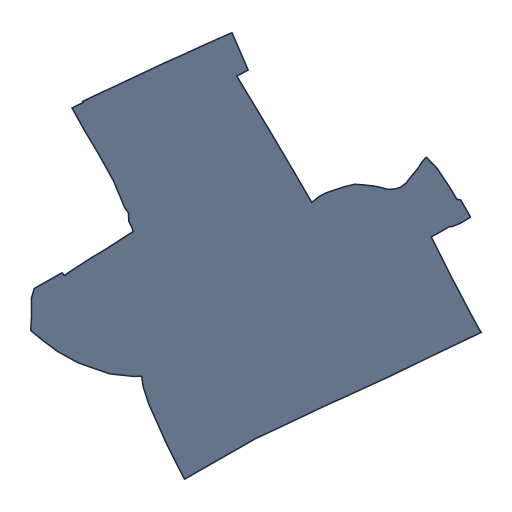 outline of Karmuz, Al Iskandariyah, Egypt
{"feature_id": "37247803B60489712487225", "entity_name": "Karmuz", "entity_type": "district", "adm_level": 2, "iso_a3": "EGY", "parent_name": "Egypt", "parent_adm1": "Al Iskandariyah", "projection": "natural_earth1", "projection_center": [29.903, 31.179], "detail": "fine", "context": "isolated", "style": "filled", "palette": "slate", "viewbox_px": 512, "rotation_deg": 0, "n_neighbors": 0, "source": "geoboundaries", "source_scale": "gbopen_adm2", "svg_char_len": 1823}
<svg xmlns="http://www.w3.org/2000/svg" viewBox="0 0 512 512"><path d="M72.0,108.0L79.0,120.5L84.5,130.5L95.4,148.6L98.7,154.3L113.9,181.6L117.6,190.9L118.6,193.2L119.7,195.4L121.0,198.7L124.1,206.5L124.9,207.9L125.8,209.3L128.4,212.6L128.8,221.3L132.0,227.7L133.0,231.6L130.7,233.1L103.9,250.3L103.1,250.8L92.7,256.9L85.3,261.7L70.4,271.3L64.5,275.4L63.7,274.7L63.4,274.3L62.1,272.8L47.1,281.2L34.3,288.5L34.1,288.8L33.9,289.5L33.7,290.4L31.4,298.1L31.5,316.5L31.0,325.1L30.7,330.5L42.9,340.5L57.5,351.4L69.1,357.9L77.9,362.7L90.6,367.3L109.9,373.9L134.2,376.5L139.7,376.2L140.7,376.3L141.6,376.4L143.2,386.8L148.8,404.2L160.8,430.8L166.2,443.1L177.7,466.0L177.9,466.3L178.0,466.5L180.7,471.7L184.5,479.2L255.4,438.7L260.6,436.3L283.0,425.8L292.1,421.5L326.0,405.4L345.2,396.8L346.3,396.3L347.4,395.8L391.6,375.5L428.8,357.4L467.6,338.9L481.3,332.4L480.1,330.6L478.9,328.8L471.6,315.2L470.8,313.8L470.0,312.3L465.1,303.0L458.8,291.0L458.0,289.5L457.3,288.1L454.0,282.0L449.3,272.9L445.9,266.0L440.9,255.9L439.7,253.7L438.6,251.5L431.2,236.8L439.0,232.7L449.2,226.7L450.8,226.6L452.4,226.5L459.7,223.6L470.4,217.3L470.3,216.8L470.1,216.4L460.6,199.8L458.8,199.6L456.9,199.3L450.7,188.9L437.3,168.6L426.4,157.3L426.0,157.6L425.5,157.9L421.6,162.4L418.3,168.0L409.3,178.8L407.9,180.7L406.6,182.7L400.5,187.3L394.6,189.0L387.6,189.3L379.0,187.0L372.1,185.7L371.8,185.7L371.4,185.7L362.5,184.8L357.1,184.4L356.1,184.3L355.0,184.2L344.2,186.8L334.5,190.0L325.8,193.0L319.4,196.3L311.8,202.5L295.8,174.9L271.1,133.0L270.7,132.5L270.4,131.9L245.5,90.5L236.8,76.1L248.2,70.0L248.1,69.8L248.0,69.6L247.5,68.5L232.0,32.8L231.2,33.1L230.4,33.4L219.6,38.1L202.5,45.7L185.7,53.5L166.4,62.0L124.1,81.9L115.9,85.8L104.0,91.3L94.4,95.8L86.9,99.4L82.7,101.4L83.2,102.5L72.0,108.0Z" fill="#64748b" stroke="#1e293b" stroke-width="1.5"/></svg>